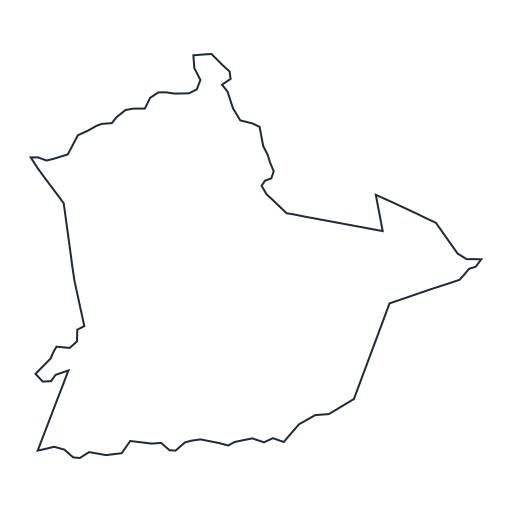 outline of Timbaúba, Pernambuco, Brazil
{"feature_id": "56859067B92944053188612", "entity_name": "Timbaúba", "entity_type": "district", "adm_level": 2, "iso_a3": "BRA", "parent_name": "Brazil", "parent_adm1": "Pernambuco", "projection": "albers", "projection_center": [-35.348, -7.521], "detail": "fine", "context": "isolated", "style": "outline", "palette": "slate", "viewbox_px": 512, "rotation_deg": 0, "n_neighbors": 0, "source": "geoboundaries", "source_scale": "gbopen_adm2", "svg_char_len": 1500}
<svg xmlns="http://www.w3.org/2000/svg" viewBox="0 0 512 512"><path d="M173.7,93.5L165.8,92.3L158.3,92.4L150.2,97.8L144.8,108.6L133.4,108.6L125.5,110.0L116.4,117.3L111.9,123.1L101.8,123.9L96.3,125.9L87.7,130.8L77.9,135.2L67.8,154.4L53.6,158.8L46.5,160.5L38.0,157.4L30.7,157.4L37.6,168.1L43.7,176.5L57.9,195.4L63.7,203.3L69.0,241.7L72.3,266.3L74.5,281.0L84.3,326.1L77.3,329.7L77.0,341.4L69.7,347.9L56.5,346.7L53.5,351.8L50.7,358.4L35.5,373.9L42.7,381.6L51.0,381.2L55.5,374.9L68.4,370.4L62.4,386.3L57.9,397.8L50.2,418.0L37.7,450.6L45.0,449.0L54.1,446.8L64.4,449.6L73.2,457.4L79.8,458.0L89.1,452.1L106.1,455.1L121.7,453.2L130.2,441.0L151.8,443.6L161.1,442.9L169.6,450.3L175.6,450.6L184.8,442.5L191.3,440.7L200.4,439.4L218.4,442.9L228.2,445.5L234.6,442.0L242.2,440.4L252.3,438.4L264.0,442.3L272.9,438.2L283.8,442.0L288.9,435.9L299.0,424.3L315.2,415.1L328.8,414.1L353.9,399.0L372.6,348.9L384.4,317.2L389.5,303.4L430.0,289.5L459.4,279.9L463.9,275.0L468.9,268.9L475.7,266.7L481.3,259.3L473.1,259.1L466.5,259.1L457.6,253.6L435.9,222.8L424.9,217.7L417.9,214.2L392.6,202.4L375.8,194.8L382.7,231.1L305.7,216.8L292.7,214.2L286.7,213.3L281.2,208.1L272.9,200.1L266.6,194.4L261.6,185.8L265.0,180.7L271.3,178.4L273.7,171.3L270.1,162.7L267.6,154.7L263.2,146.1L259.6,126.8L252.3,123.4L240.3,120.4L233.0,108.4L227.6,91.7L222.0,84.7L230.6,78.9L229.6,71.5L222.3,64.9L211.5,54.0L203.2,54.5L193.4,55.3L194.3,68.1L200.4,79.9L196.8,89.4L189.0,93.3L181.0,93.5L173.7,93.5Z" fill="none" stroke="#1e293b" stroke-width="2"/></svg>